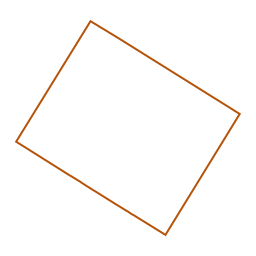 outline of Furnas, Nebraska, United States of America, rotated 32°
{"feature_id": "52423323B60965561562081", "entity_name": "Furnas", "entity_type": "district", "adm_level": 2, "iso_a3": "USA", "parent_name": "United States of America", "parent_adm1": "Nebraska", "projection": "orthographic", "projection_center": [-99.891, 40.176], "detail": "fine", "context": "isolated", "style": "outline", "palette": "amber", "viewbox_px": 256, "rotation_deg": 32, "n_neighbors": 0, "source": "geoboundaries", "source_scale": "gbopen_adm2", "svg_char_len": 455}
<svg xmlns="http://www.w3.org/2000/svg" viewBox="0 0 256 256"><g transform="rotate(32 128 128)"><path d="M216.4,198.8L215.3,56.9L211.6,56.9L71.5,56.9L39.6,57.3L40.4,198.9L41.5,198.9L42.1,198.9L45.3,198.9L103.5,199.1L104.9,199.0L116.8,198.9L118.0,199.0L122.3,199.1L129.7,199.1L158.8,199.1L170.5,199.0L171.6,198.9L174.1,199.0L176.4,199.1L179.5,198.9L184.1,198.9L187.9,198.9L216.4,198.8L216.4,198.8Z" fill="none" stroke="#b45309" stroke-width="2"/></g></svg>